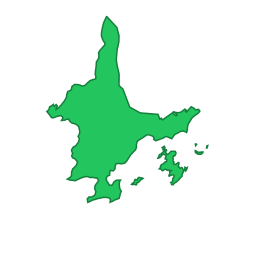 Kota Kinabalu, Sabah, Malaysia, rotated 211°
{"feature_id": "92858781B89121228142422", "entity_name": "Kota Kinabalu", "entity_type": "district", "adm_level": 2, "iso_a3": "MYS", "parent_name": "Malaysia", "parent_adm1": "Sabah", "projection": "natural_earth1", "projection_center": [116.103, 6.0], "detail": "fine", "context": "isolated", "style": "filled", "palette": "green", "viewbox_px": 256, "rotation_deg": 211, "n_neighbors": 0, "source": "geoboundaries", "source_scale": "gbopen_adm2", "svg_char_len": 4939}
<svg xmlns="http://www.w3.org/2000/svg" viewBox="0 0 256 256"><g transform="rotate(211 128 128)"><path d="M89.0,173.5L90.6,169.2L91.7,168.0L93.3,166.6L96.4,165.6L92.7,164.5L93.1,163.2L95.4,163.3L97.4,164.5L102.6,152.8L104.6,153.5L105.3,151.9L109.2,155.2L125.4,147.2L137.3,146.8L152.5,158.8L157.5,159.7L158.9,162.0L161.1,165.8L162.8,168.7L164.0,170.3L166.3,172.7L168.8,175.2L171.3,178.1L173.4,180.8L177.7,189.7L180.2,197.1L183.3,202.6L189.3,208.4L203.2,212.5L203.8,212.4L203.1,205.8L201.9,201.7L200.9,198.8L199.4,195.3L198.0,193.0L195.5,191.0L193.8,189.9L191.4,188.8L190.7,187.2L191.2,184.6L192.0,180.3L192.0,177.2L190.3,175.2L189.1,172.7L189.1,168.3L187.0,164.3L185.2,160.0L183.7,157.1L182.0,155.5L181.0,153.5L183.1,151.3L184.9,149.1L186.0,145.7L186.8,142.4L188.9,140.2L190.7,140.2L193.6,139.3L196.3,137.7L197.4,134.6L196.3,131.4L198.4,128.1L197.8,125.4L196.5,122.3L196.5,118.1L197.0,114.0L197.8,110.0L199.2,106.9L199.8,108.2L199.9,110.5L201.7,111.1L202.3,108.5L204.2,109.8L205.2,107.1L206.1,105.8L205.2,102.7L206.1,100.4L202.1,98.9L198.8,97.5L197.2,98.4L195.9,100.0L194.7,101.5L192.4,103.8L190.1,104.0L188.9,103.1L188.9,100.2L186.4,102.0L185.2,103.6L183.7,105.1L181.4,103.8L179.0,103.3L176.5,104.0L174.4,104.4L170.9,103.8L168.8,101.5L167.6,100.4L166.5,97.5L166.5,95.1L164.1,93.7L163.2,90.4L163.6,85.9L165.1,83.5L165.1,80.1L163.9,78.8L162.4,77.9L162.0,75.2L160.3,73.9L157.6,74.3L153.7,72.8L153.1,69.0L154.3,64.5L153.7,61.2L152.1,58.5L151.9,56.5L153.7,52.9L151.2,53.4L148.5,54.7L146.1,55.6L143.0,60.3L141.5,62.1L140.1,63.8L137.6,65.6L134.7,66.1L133.0,67.4L128.1,69.2L126.0,67.4L126.6,61.8L125.2,58.7L123.1,57.2L122.0,54.7L122.0,52.9L123.7,50.0L126.0,48.7L126.4,46.2L124.1,43.5L122.3,46.2L121.2,48.0L119.4,49.8L117.3,52.2L114.8,54.5L113.1,56.0L110.7,57.4L108.2,58.3L106.3,57.8L105.1,55.1L103.4,57.4L102.2,59.6L100.7,61.4L99.3,63.2L100.1,65.6L100.9,68.3L101.2,70.3L104.0,71.9L106.5,75.2L107.6,77.7L107.6,79.5L111.1,77.2L112.3,74.6L112.1,71.0L114.2,69.4L118.9,71.7L120.6,73.2L121.0,75.9L119.4,78.1L121.0,80.8L121.2,82.6L118.5,83.7L118.1,86.4L118.7,87.3L120.0,90.8L118.1,92.6L115.0,94.0L112.7,96.2L112.1,98.6L111.9,106.5L110.3,113.2L110.9,116.1L112.3,118.1L113.2,121.4L112.1,123.9L110.3,127.4L108.2,131.9L106.3,133.0L103.0,133.7L100.7,133.2L100.1,131.4L97.6,131.4L94.7,135.0L92.5,137.7L91.6,139.5L90.6,140.6L89.1,140.8L85.0,141.3L84.8,144.4L84.6,146.6L83.2,148.6L81.2,152.2L80.0,153.0L79.1,153.9L77.4,154.2L75.5,154.3L76.0,156.8L76.8,157.9L77.6,159.8L78.2,161.3L78.4,162.8L78.3,167.6L78.4,169.0L77.9,171.0L77.2,172.9L76.5,174.6L75.7,176.2L75.2,178.2L75.1,179.5L77.2,180.3L77.4,180.0L79.3,178.6L80.3,178.5L81.8,178.9L84.8,178.8L86.1,171.6L87.4,171.9L87.1,173.2L89.0,173.5ZM63.6,110.3L63.5,108.7L63.5,107.6L62.8,106.2L62.3,105.1L62.8,104.0L63.3,103.3L62.7,103.1L62.1,102.9L61.6,102.0L60.7,102.2L60.0,102.8L60.0,104.1L59.5,105.3L58.7,106.6L58.3,108.2L57.7,110.0L57.6,111.6L57.2,113.1L56.8,114.4L57.5,115.7L57.8,116.7L57.9,118.0L58.0,119.3L58.3,120.0L59.6,120.9L60.6,121.7L61.7,121.8L62.1,120.7L63.0,120.3L63.8,120.9L64.8,120.8L65.3,121.2L65.7,122.8L66.3,124.4L67.1,124.4L67.6,123.0L68.2,121.8L68.7,121.1L69.8,120.7L70.6,120.7L70.9,122.4L72.1,122.8L72.9,123.5L73.2,124.7L73.5,124.9L74.5,126.3L74.6,127.7L73.6,128.1L73.6,129.5L73.8,131.0L74.4,131.7L75.5,132.3L77.1,131.4L79.2,130.2L79.7,127.3L80.5,125.8L81.3,125.5L82.1,126.1L83.2,126.4L84.0,127.0L83.2,128.4L83.9,129.1L84.9,128.8L85.9,129.0L86.6,130.6L87.5,131.0L88.1,129.7L88.7,128.9L87.5,128.6L87.2,128.3L86.9,127.5L86.2,128.1L85.5,127.5L85.2,126.0L85.9,124.9L86.0,123.8L86.4,122.5L87.4,121.3L86.8,119.6L87.0,118.6L86.8,117.5L86.0,118.3L85.5,119.2L85.1,120.3L85.0,121.7L84.7,123.0L84.0,123.8L81.8,124.2L81.3,124.1L80.6,122.8L80.6,121.3L80.2,120.6L79.3,120.9L78.5,120.9L77.7,119.1L78.4,118.3L79.0,117.4L79.0,115.9L79.5,115.2L80.1,114.3L80.6,113.2L80.5,111.9L79.7,111.1L80.0,110.2L80.2,109.1L79.3,109.4L78.2,109.7L77.1,109.2L76.3,109.1L75.7,110.3L75.2,111.5L74.5,112.1L72.6,111.9L72.0,112.5L71.1,113.2L69.9,113.4L69.0,113.6L69.5,112.9L70.2,112.4L69.6,111.7L69.0,111.3L68.6,110.0L68.6,108.9L68.3,108.0L67.8,108.0L66.7,109.8L66.0,110.5L65.1,111.1L64.2,111.1L63.6,110.3ZM95.6,83.2L96.0,81.5L95.0,81.7L94.3,82.4L93.5,83.1L92.7,83.4L92.0,83.2L91.6,83.5L91.6,84.4L92.1,85.4L91.6,86.3L91.0,86.8L90.7,88.0L90.6,89.2L90.1,90.5L89.7,91.4L89.7,91.6L89.2,92.5L90.5,92.4L91.1,91.8L92.7,91.6L93.5,90.9L93.7,89.7L93.3,88.4L94.2,88.0L95.4,87.6L95.5,86.7L95.0,85.6L95.0,84.2L95.6,83.2ZM57.1,141.6L56.0,141.7L55.3,141.6L54.2,141.7L52.1,142.9L51.6,143.8L51.2,144.9L51.3,146.0L52.6,145.4L53.7,144.3L55.0,143.5L55.9,143.3L57.4,143.4L58.7,143.2L58.0,142.1L57.1,141.6ZM58.3,122.4L57.9,121.3L57.4,120.8L56.4,120.8L56.4,121.4L56.4,122.4L56.5,123.5L56.8,124.4L57.1,123.6L58.2,123.8L59.0,123.7L58.3,122.4ZM51.2,153.2L50.7,152.4L50.4,151.3L49.9,151.7L50.3,153.1L50.6,154.0L51.2,153.2ZM62.0,148.9L61.4,148.1L60.9,147.7L60.9,148.5L60.8,149.3L61.7,149.4L62.0,148.9Z" fill="#22c55e" stroke="#15803d" stroke-width="1.5"/></g></svg>